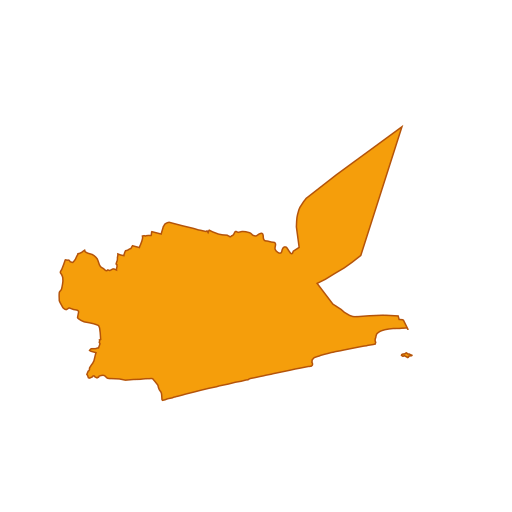 Mueang Songkhla, Songkhla, Thailand (Mercator projection), rotated 109°
{"feature_id": "78962969B11995131192654", "entity_name": "Mueang Songkhla", "entity_type": "district", "adm_level": 2, "iso_a3": "THA", "parent_name": "Thailand", "parent_adm1": "Songkhla", "projection": "mercator", "projection_center": [100.614, 7.127], "detail": "fine", "context": "isolated", "style": "filled", "palette": "amber", "viewbox_px": 512, "rotation_deg": 109, "n_neighbors": 0, "source": "geoboundaries", "source_scale": "gbopen_adm2", "svg_char_len": 6042}
<svg xmlns="http://www.w3.org/2000/svg" viewBox="0 0 512 512"><g transform="rotate(109 256 256)"><path d="M422.9,297.4L421.5,295.1L420.5,294.0L419.6,292.8L417.4,289.0L416.2,287.7L415.4,286.3L414.8,285.6L414.4,284.8L411.2,280.0L409.8,278.1L404.5,269.9L400.7,264.2L396.3,257.3L392.5,250.8L390.8,248.5L386.1,240.5L382.0,234.3L379.3,229.3L376.3,224.8L376.1,224.1L375.6,223.4L375.5,223.1L374.3,222.3L373.5,221.2L371.4,217.5L368.7,213.1L366.9,210.0L365.4,207.7L362.8,203.1L361.7,201.5L353.0,186.8L350.0,182.0L347.6,177.7L343.4,170.5L343.0,169.4L342.0,167.7L341.6,167.6L340.9,167.2L340.3,167.2L339.3,167.6L338.9,167.8L338.7,168.0L338.4,168.5L338.2,168.7L337.1,168.7L336.2,169.1L335.3,168.9L334.4,168.4L333.7,168.2L332.9,167.6L330.8,164.9L330.1,163.8L328.8,162.4L327.8,160.9L326.6,159.2L324.9,156.5L322.7,153.3L321.8,151.6L320.5,149.7L318.1,145.3L316.2,142.2L308.9,129.7L306.1,124.8L304.8,122.1L304.2,121.4L301.5,116.3L300.4,114.6L299.9,114.8L299.0,114.6L298.3,115.0L297.5,115.7L296.3,116.1L295.3,116.3L294.5,116.2L292.3,116.5L290.8,116.5L290.2,116.4L289.2,115.9L287.5,114.7L286.5,113.8L285.2,112.2L283.7,110.1L281.7,106.5L279.9,102.7L277.7,96.5L276.7,94.4L276.2,93.0L274.8,89.8L275.8,88.8L275.7,88.6L268.7,95.7L268.6,96.4L268.6,97.0L269.4,100.0L266.4,102.1L269.5,113.0L270.8,117.1L275.7,129.6L280.1,139.8L281.3,143.1L281.7,144.8L281.7,148.2L280.5,154.1L278.8,158.2L276.5,167.6L262.0,189.3L255.4,182.8L247.2,176.1L238.5,168.7L230.8,163.2L221.4,157.1L86.3,160.1L153.1,206.5L185.1,227.3L189.2,228.7L195.6,230.3L198.4,230.5L203.3,230.2L206.2,229.8L209.9,228.9L215.3,227.3L233.8,218.0L239.3,222.3L241.4,222.4L241.9,222.6L242.2,223.1L242.3,223.3L242.1,224.2L241.8,224.7L240.5,226.5L238.3,229.3L237.8,230.3L237.9,231.2L238.1,231.9L238.5,232.4L239.2,232.9L239.9,233.1L241.2,233.3L243.7,233.1L244.6,233.3L245.0,233.5L245.4,234.0L245.7,234.9L245.6,236.0L245.4,236.8L244.8,238.4L244.3,239.1L243.4,240.1L242.7,240.5L242.0,240.7L239.3,241.1L238.6,241.3L238.1,241.6L237.5,242.2L237.2,242.8L237.3,243.7L237.8,245.9L238.1,249.8L238.6,252.0L238.6,252.6L238.5,253.1L238.1,253.7L237.4,254.4L236.4,255.0L234.5,255.8L233.4,256.5L232.9,257.0L232.7,257.7L232.7,258.2L233.1,258.9L234.0,260.0L234.5,260.5L236.5,261.9L236.9,262.3L237.2,262.8L237.4,263.9L237.4,265.7L237.2,266.3L236.4,268.0L236.1,269.2L236.1,270.2L236.4,273.7L237.1,276.4L237.5,277.4L239.4,280.4L239.5,281.3L239.3,282.2L239.3,283.0L239.5,283.3L239.8,283.6L240.4,283.8L241.0,283.9L242.5,284.1L243.4,284.4L244.3,284.9L244.6,285.2L244.9,285.7L245.8,286.1L246.3,286.7L246.2,287.3L246.0,288.0L246.0,288.6L245.7,290.0L246.9,294.5L247.5,298.5L247.3,304.9L246.8,308.6L247.1,308.8L249.5,308.9L248.2,310.5L248.9,311.0L249.2,311.7L249.7,316.6L250.1,319.0L250.2,322.7L250.3,324.5L251.4,335.7L252.4,349.1L252.7,349.6L253.5,350.8L255.2,352.4L256.5,352.8L257.1,352.8L258.2,353.2L265.1,352.9L266.1,352.8L266.9,362.4L267.2,362.5L270.5,361.8L270.8,361.9L271.7,364.7L272.1,365.4L272.6,366.5L273.1,366.9L273.2,368.4L274.1,369.9L275.8,369.1L276.7,369.0L278.8,368.8L279.8,368.8L283.2,368.9L284.9,369.1L286.0,369.0L286.5,376.1L288.3,376.5L289.6,376.7L290.6,377.9L292.4,379.4L293.5,381.1L294.2,381.1L294.4,381.2L295.4,381.3L296.7,381.2L297.5,381.3L298.3,381.1L298.7,381.0L299.1,384.2L299.1,385.0L299.0,387.2L299.0,387.3L300.0,386.9L302.7,386.5L303.4,386.2L305.0,385.8L305.9,385.7L306.4,385.8L309.1,385.7L309.5,384.6L310.3,384.4L311.0,384.0L313.8,383.7L314.7,383.3L314.5,385.8L314.6,386.5L315.0,387.3L317.2,389.3L317.3,389.5L317.4,389.8L317.4,391.6L318.1,391.9L318.3,392.3L318.7,392.8L318.5,394.0L317.6,396.0L317.1,398.5L316.6,399.6L315.6,400.9L314.8,401.6L312.1,403.7L310.4,405.2L309.2,407.2L308.4,409.2L307.9,411.3L308.0,413.9L308.1,416.1L307.8,418.0L307.7,418.6L307.4,419.1L306.3,419.9L307.6,420.9L309.3,422.0L310.7,423.4L311.2,424.1L311.6,424.8L312.0,425.2L312.6,425.0L314.6,425.4L317.8,425.7L319.6,426.2L321.4,427.0L321.8,427.2L321.9,427.5L321.9,429.8L321.0,431.1L320.9,431.5L321.0,432.2L321.4,433.0L321.6,434.6L321.7,435.0L322.0,435.1L326.4,435.1L331.7,435.3L332.8,435.5L334.2,435.8L335.1,435.7L335.6,435.4L336.8,433.8L338.1,432.6L339.5,431.6L341.3,430.9L342.5,430.4L345.4,429.8L347.9,429.4L350.4,429.1L351.4,429.2L353.9,430.1L354.6,430.1L355.8,429.8L357.7,429.2L362.4,427.4L362.7,427.1L363.7,426.2L367.6,421.9L367.9,421.4L368.4,420.0L368.6,419.1L368.5,418.2L368.4,417.8L366.2,416.1L365.9,415.5L366.0,411.0L365.5,408.3L365.5,407.2L365.6,406.7L365.9,406.1L366.3,405.7L366.7,405.5L372.3,404.7L372.5,404.5L372.7,404.3L373.3,402.8L373.9,400.3L374.2,397.0L373.4,391.9L372.9,387.3L372.9,383.4L373.0,382.5L373.5,381.7L374.3,381.0L375.1,380.4L379.3,378.3L385.5,375.7L386.3,376.7L387.0,376.2L388.7,376.1L388.9,375.7L389.3,375.5L389.5,375.1L390.0,374.9L394.1,375.0L394.3,375.1L394.6,376.0L395.3,376.8L395.9,377.7L397.2,381.3L397.4,381.7L397.9,382.0L398.7,382.4L399.5,382.6L399.8,381.1L399.5,375.8L401.8,375.7L407.8,375.1L410.6,375.5L412.4,376.1L415.7,376.9L416.3,376.9L417.5,376.5L418.2,376.5L418.9,376.7L419.5,377.2L423.0,377.4L423.9,376.2L425.0,375.4L425.7,374.8L425.7,374.6L425.6,373.5L424.3,372.2L424.1,371.9L423.7,371.6L423.5,371.3L423.1,371.2L422.6,371.1L422.1,370.3L422.2,369.6L422.7,369.1L422.7,368.9L423.0,367.1L423.0,366.6L422.8,366.4L422.3,366.2L422.2,365.8L421.9,365.4L420.8,365.3L420.4,364.9L419.8,364.1L418.9,362.6L418.7,362.1L418.4,360.9L418.6,359.8L419.8,357.2L419.9,356.4L419.6,354.7L419.0,352.9L416.9,345.8L416.7,345.0L415.9,339.0L412.7,331.8L410.3,325.4L409.0,322.7L407.9,320.3L406.7,316.9L406.0,315.4L405.7,314.2L405.9,313.3L406.4,312.6L407.5,310.7L410.1,306.7L412.3,305.3L413.9,303.9L415.6,301.6L416.5,300.8L418.0,300.0L422.0,298.3L422.4,298.1L422.9,297.4ZM301.3,79.1L300.9,78.9L300.6,78.2L300.1,77.4L299.7,76.5L299.3,76.2L299.1,76.2L299.0,76.5L299.1,77.3L298.8,79.2L299.2,80.6L299.1,81.1L298.7,81.7L298.6,82.3L298.7,82.5L300.1,83.5L300.8,85.1L301.5,85.9L301.8,86.1L302.6,86.1L302.7,85.7L302.9,85.1L303.0,84.4L302.8,84.1L302.6,84.0L302.0,83.3L301.9,83.0L302.2,82.4L302.3,81.8L302.2,80.8L302.6,80.2L302.7,79.7L302.4,79.2L302.1,79.0L301.9,78.9L301.3,79.1Z" fill="#f59e0b" stroke="#b45309" stroke-width="1.5"/></g></svg>